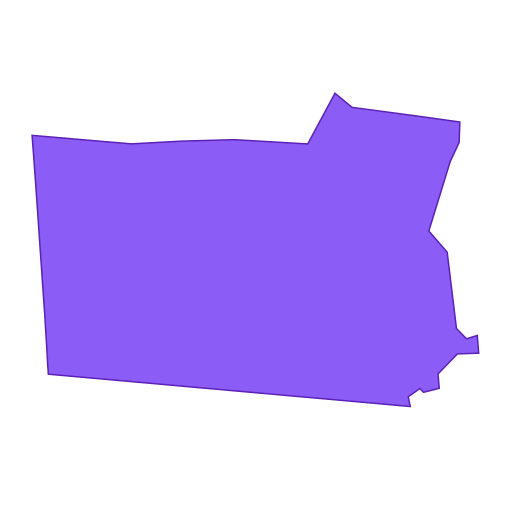 outline of Christian, Kentucky, United States of America, rotated 87°
{"feature_id": "52423323B93748652939818", "entity_name": "Christian", "entity_type": "district", "adm_level": 2, "iso_a3": "USA", "parent_name": "United States of America", "parent_adm1": "Kentucky", "projection": "mercator", "projection_center": [-87.48, 36.897], "detail": "fine", "context": "isolated", "style": "filled", "palette": "violet", "viewbox_px": 512, "rotation_deg": 87, "n_neighbors": 0, "source": "geoboundaries", "source_scale": "gbopen_adm2", "svg_char_len": 598}
<svg xmlns="http://www.w3.org/2000/svg" viewBox="0 0 512 512"><g transform="rotate(87 256 256)"><path d="M363.2,469.6L414.4,109.8L404.5,111.3L396.9,99.2L400.9,95.8L397.7,79.9L383.3,80.4L364.3,60.0L364.7,38.7L346.9,39.2L349.7,50.1L338.9,59.6L262.2,64.9L240.1,82.1L171.8,57.1L153.3,47.2L132.9,45.4L124.9,86.6L112.6,152.3L97.6,168.6L146.8,198.5L138.7,271.6L137.4,324.6L137.5,374.5L131.5,418.1L123.8,473.3L159.3,472.5L210.2,471.6L211.4,471.6L290.1,470.3L296.0,470.2L303.7,470.0L310.8,470.0L330.0,469.8L355.3,469.7L357.7,469.6L363.2,469.6Z" fill="#8b5cf6" stroke="#5b21b6" stroke-width="1.5"/></g></svg>